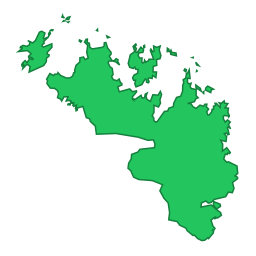 Sengerema, Mwanza, United Republic of Tanzania
{"feature_id": "72390352B95612948822264", "entity_name": "Sengerema", "entity_type": "district", "adm_level": 2, "iso_a3": "TZA", "parent_name": "United Republic of Tanzania", "parent_adm1": "Mwanza", "projection": "robinson", "projection_center": [32.45, -2.582], "detail": "fine", "context": "isolated", "style": "filled", "palette": "green", "viewbox_px": 256, "rotation_deg": 0, "n_neighbors": 0, "source": "geoboundaries", "source_scale": "gbopen_adm2", "svg_char_len": 5679}
<svg xmlns="http://www.w3.org/2000/svg" viewBox="0 0 256 256"><path d="M168.7,219.8L177.2,221.6L179.7,225.2L185.8,228.0L187.2,230.7L193.0,235.5L194.5,235.2L197.7,238.6L201.9,240.6L204.7,240.2L207.9,237.8L208.6,238.6L213.2,233.1L213.6,231.0L212.0,229.7L213.6,230.4L215.0,228.4L212.9,226.0L211.0,220.1L214.1,217.8L214.9,218.7L215.9,218.2L214.4,218.0L215.0,217.0L217.5,218.0L221.4,215.3L220.6,212.6L216.1,209.3L220.5,206.4L220.1,204.2L213.8,201.6L213.4,205.2L215.8,208.0L215.1,208.3L211.3,205.0L201.0,207.1L201.4,203.0L205.9,201.0L208.3,203.1L211.1,202.5L214.3,199.4L225.7,196.7L228.4,192.1L232.3,192.7L234.0,188.5L232.5,182.5L237.6,178.7L237.5,177.2L235.0,175.9L237.7,173.4L237.0,166.0L228.5,161.8L226.8,162.3L223.7,159.1L225.2,154.2L227.3,154.5L227.7,153.0L229.6,153.6L230.3,152.5L226.7,147.7L222.5,151.1L222.7,144.1L220.7,140.2L226.0,141.5L226.6,136.6L224.3,133.6L226.7,132.9L227.7,134.8L229.1,134.3L227.5,127.6L228.5,126.7L230.6,128.8L228.4,124.7L230.2,122.0L227.6,119.9L225.2,122.1L223.4,118.9L223.3,116.3L224.5,115.5L228.3,116.0L228.7,117.1L229.4,116.0L227.9,112.2L228.4,108.1L225.0,107.9L227.8,103.6L224.6,103.2L224.1,100.9L221.5,103.3L219.2,102.8L220.4,104.5L220.1,107.5L216.5,103.4L215.0,103.3L215.7,105.6L213.5,106.2L213.6,109.2L212.0,109.4L211.8,111.7L209.0,115.1L207.8,114.9L206.7,111.8L208.6,109.1L206.3,106.7L206.9,104.2L204.9,104.2L203.5,106.3L200.0,105.1L196.1,108.4L193.0,106.7L190.8,103.5L187.5,103.5L194.4,101.7L195.9,98.7L198.2,97.8L196.1,95.6L196.2,89.5L191.3,88.5L190.1,86.6L191.1,83.2L188.8,83.9L187.5,82.3L187.5,78.3L190.1,78.5L189.2,69.8L187.4,73.6L186.5,73.6L185.7,78.0L183.1,79.8L183.8,82.4L182.7,85.4L182.6,91.1L180.7,96.2L176.6,97.4L173.7,103.3L173.4,106.6L168.8,108.2L167.7,111.1L164.4,111.4L157.1,121.8L155.7,121.7L156.1,122.5L153.8,120.5L153.8,118.1L152.2,115.6L154.0,112.3L154.0,105.3L158.5,107.0L160.5,103.1L159.9,100.0L161.6,94.5L160.3,91.4L158.1,95.2L152.9,94.7L150.4,101.3L146.9,99.4L146.0,96.2L147.1,93.1L145.2,94.2L144.6,97.7L142.0,98.0L141.1,95.3L135.1,99.4L133.7,98.9L133.8,100.3L132.5,99.2L132.4,96.9L136.6,91.9L136.4,90.8L132.5,91.7L129.7,88.9L119.2,91.8L117.8,86.7L121.9,85.0L121.8,83.4L120.4,82.6L119.2,79.0L117.0,80.7L113.2,79.6L111.6,76.5L113.1,74.5L112.2,68.3L110.0,66.8L108.1,62.7L108.9,61.1L112.5,61.0L115.6,61.8L119.6,65.0L117.8,61.6L118.0,59.7L116.1,58.7L114.2,60.7L112.0,60.6L109.2,56.0L111.0,54.4L111.1,52.4L107.6,47.9L105.9,42.5L104.3,42.8L104.1,46.0L102.5,47.3L92.1,48.9L89.8,47.2L89.3,43.1L87.3,42.7L87.4,39.1L86.1,39.3L84.5,42.1L87.7,45.3L86.7,52.4L88.2,58.0L85.2,59.6L83.5,57.0L79.9,57.8L79.8,62.0L76.1,65.3L74.6,70.2L75.0,72.1L73.6,72.9L72.7,76.0L70.0,77.9L66.4,78.0L60.6,75.5L58.0,72.6L57.6,74.1L54.5,74.2L53.6,75.6L49.9,73.5L46.6,79.2L47.6,80.7L46.9,83.5L50.3,88.1L54.7,88.4L57.5,90.6L58.6,93.6L57.5,97.7L60.5,99.0L61.7,101.0L64.0,96.8L68.1,96.7L66.2,101.0L69.9,100.3L70.7,102.1L71.1,100.4L71.2,102.7L73.3,102.7L72.5,103.5L73.7,104.1L72.9,105.3L73.7,106.4L76.5,105.1L75.7,107.8L76.7,107.4L77.2,108.0L75.7,108.4L76.1,110.8L77.3,110.1L77.5,108.0L82.9,106.4L86.3,117.6L89.6,118.8L90.4,121.5L95.3,126.0L96.4,134.2L115.9,133.5L137.8,137.1L148.0,140.3L153.4,139.9L155.0,144.0L154.4,147.7L139.9,149.3L137.8,152.1L131.6,154.4L131.2,159.0L128.7,163.1L128.0,168.3L130.7,170.6L133.6,177.1L138.7,179.5L152.4,180.6L162.6,184.7L159.9,190.8L164.0,198.3L168.2,202.9L169.6,212.6L168.7,219.8ZM136.3,44.9L135.7,44.0L133.1,46.4L134.8,51.5L130.3,54.8L128.2,63.5L129.7,67.3L133.2,68.5L134.9,67.2L135.7,69.3L138.1,69.5L137.6,73.2L134.0,75.1L132.6,77.9L133.6,80.3L135.5,80.3L134.8,83.8L136.0,86.9L141.9,84.6L145.1,79.0L146.2,79.3L146.6,82.3L148.4,82.8L149.1,81.8L148.1,78.8L148.9,77.9L152.1,78.5L152.6,75.4L155.9,77.6L156.5,72.0L153.0,71.9L153.2,66.5L156.8,65.3L156.5,59.5L160.0,58.8L160.9,55.6L159.2,49.9L160.2,46.0L157.0,47.4L153.6,46.0L154.1,51.2L152.8,51.8L150.9,49.1L150.3,50.3L153.7,59.3L149.0,59.2L148.6,60.6L145.8,62.2L144.6,60.2L144.2,62.4L142.7,63.1L141.8,61.8L142.0,57.9L139.6,58.1L138.2,55.6L138.9,52.9L142.9,52.4L143.6,49.9L140.9,47.1L137.2,52.5L135.5,51.8L136.4,48.3L134.7,47.1L136.3,44.9ZM41.6,31.2L39.4,32.2L35.4,40.6L32.7,42.9L27.8,40.6L29.9,42.2L29.5,44.7L26.8,46.4L23.1,45.4L20.6,46.7L20.3,47.7L22.0,47.6L22.1,48.7L18.3,51.6L27.4,50.6L31.1,53.7L28.6,56.3L28.7,57.7L30.8,57.2L33.1,58.7L32.7,59.6L29.6,58.8L27.1,62.6L25.1,60.6L22.9,62.7L23.7,64.7L22.2,63.8L21.7,64.7L22.1,66.1L23.4,65.7L22.8,68.6L27.0,64.2L30.1,66.5L29.1,72.1L43.7,65.5L46.3,61.7L46.5,58.0L48.8,56.4L49.2,54.9L47.2,54.1L47.1,52.6L52.0,47.1L51.8,43.8L43.4,47.1L42.1,46.2L42.1,44.9L44.2,43.2L43.6,41.6L48.6,36.8L44.0,38.9L43.4,38.0L45.0,33.1L41.6,31.2ZM207.7,86.1L205.9,87.8L205.4,90.0L210.7,92.6L211.3,89.8L213.5,89.2L207.7,86.1ZM171.8,52.4L171.0,50.2L170.2,51.9L170.8,54.4L176.4,55.8L176.0,53.0L171.8,52.4ZM200.3,88.3L195.8,85.0L196.0,87.7L201.2,91.2L200.3,88.3ZM69.9,16.8L67.4,17.5L66.0,19.1L68.7,19.6L69.9,16.8ZM169.2,51.3L168.9,49.3L167.4,48.2L167.2,51.6L169.2,51.3ZM198.8,65.7L195.7,62.2L196.7,65.0L198.8,65.7ZM48.8,36.0L50.4,33.6L49.9,31.7L48.6,33.6L48.8,36.0ZM184.9,68.9L184.0,70.4L185.9,71.9L186.4,69.7L184.9,68.9ZM79.5,39.9L79.2,41.0L80.7,42.2L81.6,40.9L79.5,39.9ZM70.6,103.5L68.0,104.0L67.8,104.7L70.0,105.0L70.6,103.5ZM109.3,37.3L106.8,36.0L107.4,37.9L109.3,37.3ZM62.6,15.4L61.9,17.1L64.5,17.9L62.9,16.6L62.6,15.4ZM144.5,45.3L143.7,45.7L143.8,47.9L144.7,47.4L144.5,45.3ZM97.6,30.9L97.5,29.3L96.5,30.4L97.6,30.9ZM203.8,91.5L203.0,92.0L203.3,93.2L203.7,93.5L203.8,91.5ZM53.0,29.9L51.4,29.7L50.7,30.3L52.6,30.7L53.0,29.9ZM196.5,71.4L197.2,71.0L196.7,70.5L196.5,71.4ZM68.3,22.5L68.8,21.9L67.7,22.1L68.3,22.5ZM193.2,57.3L192.4,57.6L193.2,57.8L193.2,57.3ZM64.7,20.9L63.7,20.6L63.2,21.3L64.7,20.9Z" fill="#22c55e" stroke="#15803d" stroke-width="1.5"/></svg>